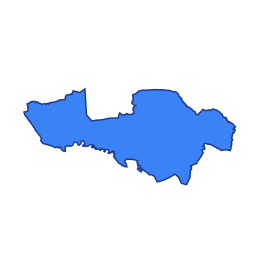 outline of Apulco, Zacatecas, Mexico, rotated 103°
{"feature_id": "50627088B1101262479506", "entity_name": "Apulco", "entity_type": "district", "adm_level": 2, "iso_a3": "MEX", "parent_name": "Mexico", "parent_adm1": "Zacatecas", "projection": "equal_earth", "projection_center": [-102.688, 21.456], "detail": "fine", "context": "isolated", "style": "filled", "palette": "blue", "viewbox_px": 256, "rotation_deg": 103, "n_neighbors": 0, "source": "geoboundaries", "source_scale": "gbopen_adm2", "svg_char_len": 5853}
<svg xmlns="http://www.w3.org/2000/svg" viewBox="0 0 256 256"><g transform="rotate(103 128 128)"><path d="M135.9,233.0L138.6,231.4L140.4,229.0L140.7,228.3L142.0,227.5L145.0,223.7L146.0,222.7L146.4,222.0L147.8,220.7L149.1,219.1L151.0,217.7L156.3,211.1L157.1,210.4L158.4,210.1L160.1,210.2L161.5,208.2L162.1,207.8L162.2,207.3L162.5,199.8L162.7,198.1L162.7,197.0L163.6,194.6L162.9,194.0L162.9,191.9L162.1,191.5L162.8,190.5L162.0,189.1L163.7,188.1L164.3,187.4L165.0,185.7L165.0,185.1L165.1,184.5L165.0,184.3L164.6,184.4L164.4,183.8L161.5,184.8L160.9,184.8L159.9,184.3L159.3,183.6L158.8,180.8L158.3,179.4L157.7,178.4L156.6,177.8L154.0,177.3L153.4,176.2L153.2,175.6L153.7,174.5L154.1,173.9L155.4,173.1L155.7,172.5L155.7,171.7L155.1,171.1L154.2,170.7L153.1,170.5L152.2,170.5L151.3,170.3L150.7,168.6L150.9,168.1L151.6,167.5L153.2,166.6L153.8,166.5L155.0,168.1L155.7,168.0L155.7,167.4L155.2,163.9L154.9,163.8L154.5,163.3L154.4,162.6L154.3,162.4L153.4,162.0L153.1,161.7L152.7,160.7L152.7,159.0L152.3,158.5L152.6,157.3L153.0,157.0L153.3,157.0L153.7,157.9L153.6,158.4L154.5,159.1L155.0,159.0L155.1,158.2L154.5,156.6L154.3,155.1L154.5,154.9L155.1,154.9L155.4,155.4L155.8,155.2L156.0,154.8L155.5,153.5L155.4,151.9L155.6,150.6L156.0,149.8L155.8,149.5L154.0,149.5L154.3,148.4L154.4,146.7L154.3,146.4L154.4,145.9L154.7,145.8L156.0,146.3L156.4,145.3L155.5,144.9L154.8,145.2L154.4,145.2L153.8,144.1L153.6,143.2L153.8,142.4L154.8,141.2L156.0,141.4L156.7,141.8L157.0,140.7L155.3,138.2L154.9,138.0L154.6,138.3L154.2,137.9L153.8,136.6L154.1,136.1L156.0,136.4L156.3,134.7L156.7,134.7L158.4,135.7L158.9,135.6L160.8,133.7L160.5,133.2L162.2,132.0L164.5,128.6L165.0,125.9L165.9,125.5L165.9,123.9L166.0,123.4L166.3,122.9L166.4,122.0L166.1,121.6L166.0,120.3L163.4,121.6L161.7,123.5L160.9,123.7L160.0,123.3L158.6,122.3L157.6,116.4L157.5,113.6L157.8,111.8L158.0,111.3L159.1,111.5L160.0,111.3L160.5,110.4L160.7,110.2L161.7,110.4L162.1,110.2L162.4,109.8L162.4,109.4L162.1,109.1L161.8,109.0L162.4,108.2L162.3,107.9L164.6,105.5L164.9,106.0L164.4,108.8L164.0,109.3L165.3,109.3L165.9,109.5L166.1,109.2L166.5,107.2L167.3,107.2L167.7,105.1L166.3,105.0L165.1,104.2L165.5,103.1L165.8,102.9L165.8,102.5L166.9,100.6L167.7,97.9L168.1,97.8L168.7,96.8L168.8,96.6L168.4,95.2L168.3,94.4L169.1,91.5L174.0,87.4L172.9,85.3L170.6,81.2L166.6,76.2L162.4,71.9L163.6,69.4L164.6,67.8L166.2,66.3L169.7,63.7L170.1,60.1L170.0,58.7L170.0,58.2L162.5,56.5L161.4,56.6L160.9,57.0L159.9,56.8L158.2,57.1L157.7,57.0L156.9,57.7L156.4,57.9L155.1,57.4L154.6,57.0L153.6,56.9L153.3,57.2L151.7,57.3L150.8,58.5L148.4,55.2L147.0,52.9L145.9,53.2L139.9,50.6L135.4,49.3L135.0,49.3L134.4,50.1L133.4,50.7L132.3,50.6L132.0,49.3L131.6,48.8L130.9,48.4L129.6,49.2L129.0,51.0L128.4,50.6L128.2,49.8L126.7,50.5L126.1,50.1L125.8,49.5L125.6,48.4L125.7,46.9L125.9,46.4L125.4,44.7L125.6,43.8L125.6,42.5L126.1,41.5L126.3,40.6L126.5,40.6L126.6,40.2L126.6,39.0L127.5,37.0L127.4,36.5L127.7,35.4L128.5,32.8L128.9,32.1L128.6,31.2L128.3,30.9L127.7,29.5L127.4,28.3L127.1,26.4L126.9,24.8L127.0,24.7L127.0,23.3L126.7,23.3L126.4,23.6L126.1,23.6L125.9,23.2L125.3,23.1L121.9,23.4L121.3,23.3L121.0,23.5L120.4,23.2L117.8,24.3L117.4,24.2L116.9,23.6L116.1,23.4L115.4,23.6L115.0,24.1L114.9,24.5L114.2,24.9L112.8,24.5L112.3,24.8L112.0,24.6L111.2,24.7L110.8,24.6L109.6,24.8L108.8,24.6L109.0,24.1L108.9,23.6L108.6,23.6L108.1,24.4L107.5,24.0L106.7,23.1L106.3,23.0L105.6,23.2L105.3,23.7L105.5,25.3L105.3,25.4L104.1,24.4L102.6,23.6L101.6,25.5L100.9,26.0L100.4,27.0L99.5,29.2L99.5,29.7L100.0,30.5L100.1,31.2L99.9,31.3L99.0,31.1L98.8,32.7L98.2,33.0L98.0,33.7L97.6,34.0L96.8,33.8L96.3,34.8L95.9,35.0L95.7,35.4L95.7,35.8L96.1,36.4L95.9,37.3L95.4,38.3L93.6,39.1L92.9,40.4L92.8,41.0L92.4,41.8L92.0,41.9L91.5,43.6L90.5,46.0L90.6,47.1L90.4,48.2L90.4,49.7L92.4,51.1L92.1,51.7L92.0,53.0L93.2,55.1L93.4,56.0L93.5,57.6L93.2,58.4L93.1,59.2L94.3,60.0L95.9,60.7L97.8,62.1L98.7,62.2L99.5,62.8L99.2,64.2L99.2,65.2L98.0,65.7L97.2,66.2L96.9,66.7L96.6,68.6L96.4,69.0L95.3,70.0L94.7,71.7L94.5,72.8L94.0,73.1L94.2,74.0L94.0,74.5L94.1,75.5L93.3,75.4L93.0,75.7L93.2,76.2L92.9,76.3L92.9,76.8L92.5,76.8L92.4,77.6L92.2,77.7L91.6,77.7L91.1,78.2L90.7,79.8L90.3,80.2L90.0,80.0L89.7,80.4L88.9,82.0L88.5,82.0L88.4,82.3L88.0,82.1L87.6,82.1L87.2,82.4L86.9,83.5L86.6,83.5L85.4,85.8L84.5,86.0L83.7,86.5L82.1,89.2L82.0,89.9L82.4,91.2L82.5,91.7L82.1,96.4L82.2,97.3L82.7,98.7L82.7,101.5L83.7,105.8L84.6,110.7L86.2,115.8L86.9,118.6L87.3,119.5L87.7,121.7L89.0,124.5L89.9,126.1L92.1,127.6L93.3,128.7L93.7,129.6L94.5,130.8L95.6,130.6L97.0,130.0L97.5,129.6L98.8,129.4L100.2,129.7L101.0,129.4L102.0,130.1L102.6,129.4L103.3,129.5L104.7,125.5L105.7,126.9L107.2,127.4L107.5,127.1L108.0,127.4L109.2,127.1L111.2,125.9L111.6,126.0L112.6,125.7L113.7,127.6L114.1,127.7L114.3,128.0L114.3,128.4L114.6,130.6L114.6,131.5L114.2,132.0L114.1,132.4L114.9,133.2L115.5,133.5L116.2,133.6L116.0,135.4L116.2,135.9L116.3,137.0L115.4,138.9L115.3,139.6L120.5,139.9L122.1,146.5L123.8,151.0L125.0,153.3L126.2,156.2L127.6,160.8L129.2,164.7L129.1,165.1L125.0,170.9L124.0,171.6L122.3,172.0L120.5,172.6L99.6,178.8L104.0,182.6L104.3,183.6L104.1,189.7L107.5,190.3L107.7,191.4L108.5,191.8L108.9,192.5L109.3,194.5L109.5,195.0L110.0,195.4L112.2,196.1L112.6,196.0L112.8,195.4L113.5,195.3L114.3,195.8L114.9,196.6L114.8,197.5L115.6,198.5L115.5,199.6L115.9,200.1L115.9,200.5L116.2,201.1L118.3,203.7L119.9,206.6L120.4,208.6L120.9,209.1L121.0,209.9L121.5,210.3L122.2,210.5L122.4,210.9L122.1,211.0L122.4,212.5L122.6,212.8L123.3,213.1L122.9,214.5L124.1,216.9L124.2,217.4L124.2,218.0L123.7,218.9L123.8,220.0L124.0,220.2L124.0,220.4L123.1,221.5L123.2,222.9L123.9,223.8L123.1,224.5L123.0,224.8L123.3,225.7L123.6,226.0L123.7,227.1L123.9,227.4L124.1,228.2L124.7,228.3L124.9,229.3L125.3,229.3L126.2,230.0L127.0,231.6L127.7,231.6L128.3,231.3L129.2,230.2L130.9,230.2L131.0,229.6L134.2,229.5L135.9,233.0Z" fill="#3b82f6" stroke="#1e3a8a" stroke-width="1.5"/></g></svg>